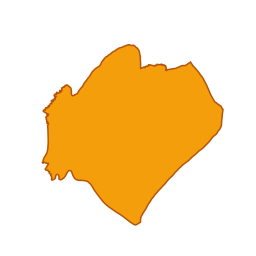 Non Sang, Nong Bua Lam Phu, Thailand (Natural Earth projection), rotated 24°
{"feature_id": "78962969B40369427634380", "entity_name": "Non Sang", "entity_type": "district", "adm_level": 2, "iso_a3": "THA", "parent_name": "Thailand", "parent_adm1": "Nong Bua Lam Phu", "projection": "natural_earth1", "projection_center": [102.437, 16.906], "detail": "fine", "context": "isolated", "style": "filled", "palette": "amber", "viewbox_px": 256, "rotation_deg": 24, "n_neighbors": 0, "source": "geoboundaries", "source_scale": "gbopen_adm2", "svg_char_len": 5591}
<svg xmlns="http://www.w3.org/2000/svg" viewBox="0 0 256 256"><g transform="rotate(24 128 128)"><path d="M207.3,72.5L205.6,71.5L204.1,70.3L203.4,70.1L200.0,69.6L198.6,69.1L197.2,69.0L195.7,68.2L191.1,64.8L188.7,62.8L183.2,57.6L182.4,56.9L177.0,52.6L174.4,50.8L173.8,50.7L168.6,47.6L167.9,47.4L166.3,46.5L161.9,44.7L158.3,42.3L155.0,47.6L152.0,49.0L147.2,54.2L140.1,58.8L139.9,59.8L138.8,59.7L138.9,59.4L138.7,58.4L138.7,57.8L138.0,57.3L137.7,56.6L137.0,55.9L136.8,55.9L136.7,56.3L136.4,56.3L135.7,55.8L135.3,55.7L134.7,56.2L134.4,56.1L134.4,56.3L134.2,56.3L134.2,56.2L133.9,56.3L133.4,56.5L133.2,56.7L132.7,56.1L132.1,56.4L132.1,56.7L131.6,57.2L130.8,57.3L130.5,57.5L129.5,57.8L129.0,58.1L128.6,58.1L128.7,58.7L128.6,59.2L127.9,59.3L127.8,59.5L127.4,59.6L127.4,60.5L126.9,60.6L125.2,60.8L124.3,61.0L122.8,61.5L122.7,61.3L121.3,61.8L121.4,62.3L121.0,62.3L120.9,62.4L120.9,63.7L119.7,63.9L119.5,64.4L119.3,64.4L118.8,65.5L118.7,65.5L118.7,66.0L118.0,65.9L117.7,65.8L117.0,66.8L115.3,68.4L112.4,62.1L111.4,60.6L110.6,58.4L110.1,57.6L108.7,55.8L107.8,54.3L106.3,52.6L103.9,51.2L103.4,51.3L103.1,51.1L102.1,50.9L101.0,50.4L99.6,50.1L99.1,50.2L98.3,50.9L98.1,51.0L96.4,51.4L95.2,51.5L94.6,51.7L91.0,55.1L90.2,56.1L88.8,57.5L87.6,58.4L87.2,58.8L86.6,59.8L86.0,60.4L84.7,62.8L83.4,64.3L83.0,64.9L82.2,66.4L82.2,66.9L81.8,67.7L80.4,69.5L80.1,70.5L79.9,71.0L79.2,71.7L78.6,72.6L78.4,73.9L78.0,74.8L77.1,78.4L77.2,80.7L76.9,82.4L76.5,83.4L74.4,86.5L73.2,89.3L72.3,91.9L72.2,94.0L71.6,97.6L71.1,98.9L70.7,101.2L70.3,103.0L69.8,104.5L69.6,106.8L69.6,108.2L68.6,111.2L68.2,113.1L67.8,115.4L67.8,117.1L65.9,119.3L65.8,119.6L65.6,119.6L65.5,119.9L65.2,120.1L64.7,121.0L64.1,121.0L63.5,120.9L63.0,120.6L62.5,119.7L61.9,119.2L61.8,118.9L61.9,118.4L61.8,118.1L61.3,117.5L61.1,117.0L60.4,115.9L59.9,115.2L59.3,114.6L55.2,113.4L54.9,113.7L54.5,113.7L54.1,113.8L54.1,114.1L54.2,114.3L54.0,114.7L53.8,114.8L53.5,114.8L53.2,115.0L53.2,115.5L53.0,115.9L53.2,116.3L53.0,116.8L52.8,116.9L52.6,116.6L52.4,116.6L52.2,117.2L51.9,117.5L51.8,118.0L51.4,118.1L51.3,118.4L51.6,118.6L51.6,118.9L51.4,119.2L51.4,119.4L51.9,119.8L52.4,120.5L52.5,120.9L52.4,121.1L52.1,121.3L52.0,121.0L51.8,121.0L51.8,122.5L51.5,122.4L51.3,122.1L51.0,122.2L51.0,121.7L50.9,121.6L50.4,121.6L50.4,121.9L50.9,123.0L51.3,123.1L51.4,123.3L50.9,123.8L50.5,123.9L50.2,124.6L49.8,124.6L49.2,124.6L48.8,124.3L48.4,124.4L48.3,124.7L48.5,125.1L48.4,125.6L49.0,125.8L49.0,126.2L48.8,126.5L48.4,126.3L48.1,126.4L47.6,126.8L47.2,127.3L47.4,127.7L47.6,127.8L47.4,128.1L47.4,128.5L48.5,129.2L48.9,129.2L49.3,128.4L49.5,128.4L49.5,128.8L49.3,129.7L48.9,130.2L48.9,131.3L49.1,131.4L49.4,131.1L49.6,131.0L49.8,131.1L49.8,131.4L49.7,131.5L49.3,131.7L49.1,132.4L48.9,132.7L48.7,132.7L48.4,132.3L48.1,132.3L48.0,132.5L48.0,132.9L48.3,132.9L48.5,133.0L48.6,133.4L48.9,133.7L48.9,134.0L47.1,134.0L46.9,134.1L46.9,134.4L47.5,135.2L47.9,135.3L48.0,135.6L47.8,136.4L48.3,136.4L48.4,136.8L47.5,137.0L47.2,137.2L47.1,139.0L47.4,139.5L47.3,140.3L47.1,140.4L46.6,139.8L46.4,139.8L46.2,139.9L46.2,140.1L46.9,140.9L46.9,141.2L46.3,141.3L46.1,141.5L46.0,141.8L46.5,141.9L46.5,142.0L45.9,142.7L45.5,142.8L44.9,142.7L44.7,142.9L44.7,143.6L45.1,144.2L45.1,145.1L44.5,145.0L44.3,145.0L44.2,145.5L43.8,145.8L43.6,146.2L43.7,147.1L44.6,147.4L46.5,147.6L47.0,147.6L47.7,147.8L48.1,148.3L48.2,148.2L48.3,147.7L48.6,147.6L49.1,147.6L49.9,148.2L50.0,148.4L49.8,148.6L49.3,148.5L49.1,148.6L49.2,149.0L49.8,149.5L49.7,149.8L49.1,149.8L48.9,150.0L48.8,150.3L48.7,151.2L48.7,151.8L49.5,152.0L49.7,152.4L49.7,153.2L50.2,153.5L50.7,154.1L51.0,155.1L51.5,155.0L52.3,155.1L52.5,155.2L52.5,155.4L52.4,155.6L51.8,156.0L51.8,156.3L51.9,156.5L52.2,156.6L52.3,156.3L52.4,156.2L53.6,156.5L53.3,157.1L53.6,157.4L53.8,157.8L53.6,158.5L53.7,158.9L54.0,159.2L55.6,162.2L60.9,173.4L63.2,179.5L63.9,182.7L64.0,184.6L63.8,185.7L63.9,186.3L63.4,189.0L63.5,191.5L64.0,193.3L63.9,193.8L63.7,194.2L63.8,194.4L64.3,194.7L64.6,194.7L65.3,193.5L65.7,193.2L66.7,193.6L67.6,193.2L68.8,193.2L69.1,193.0L69.3,192.6L69.5,192.6L69.8,193.1L69.9,193.6L69.4,197.4L69.1,198.9L69.2,199.4L69.7,199.8L70.4,199.8L71.5,199.2L71.9,199.1L72.2,199.4L73.0,200.2L73.3,200.2L73.8,199.8L74.1,199.8L74.3,200.3L74.4,201.2L74.6,201.4L75.7,201.6L76.5,201.4L76.6,201.7L76.7,202.8L77.9,203.5L78.9,205.4L79.1,206.3L79.3,206.5L79.8,206.4L80.8,205.6L81.4,204.9L82.0,203.7L82.0,203.1L81.8,202.2L81.4,201.1L81.4,200.5L81.6,199.9L82.1,199.1L82.6,199.1L83.5,199.3L84.3,199.9L84.7,200.4L85.2,201.8L85.7,202.7L86.8,202.9L87.8,202.5L88.2,202.2L89.5,200.2L90.0,198.9L90.3,197.1L90.6,193.4L90.9,191.5L91.4,191.0L92.3,190.5L93.3,190.4L94.1,190.8L96.2,193.0L98.6,195.0L100.1,195.8L101.6,196.2L103.6,196.0L104.9,195.6L107.2,194.6L109.6,193.8L111.5,193.4L113.4,193.4L116.8,194.6L119.5,196.3L123.0,198.8L125.9,200.4L128.9,202.1L134.9,205.3L136.7,206.1L138.6,206.8L142.2,207.8L150.3,209.4L154.8,210.0L158.8,210.7L167.8,212.9L172.4,213.7L173.9,213.6L174.4,213.4L175.2,212.7L177.7,208.9L176.7,206.6L176.1,204.3L176.1,203.3L176.3,201.4L176.4,199.3L177.2,194.6L177.5,189.2L178.1,186.4L178.5,183.3L179.4,180.2L179.6,178.3L181.0,174.2L181.4,172.6L182.5,169.7L183.4,166.6L184.5,164.1L185.2,161.0L186.1,158.1L186.4,157.7L186.6,156.8L187.5,154.9L188.3,152.7L189.1,149.6L190.2,146.8L190.8,144.9L191.2,143.9L193.4,138.7L195.1,135.7L195.7,134.3L196.2,133.8L196.5,133.4L197.1,131.6L198.2,129.2L198.8,127.3L199.8,125.9L202.4,119.7L202.8,118.9L203.4,118.2L204.9,115.2L207.7,107.6L209.1,101.9L209.8,100.3L211.1,97.7L211.3,97.0L211.7,93.6L212.3,91.9L212.4,88.1L211.9,86.5L211.3,85.2L209.7,80.4L207.7,74.1L207.3,72.5Z" fill="#f59e0b" stroke="#b45309" stroke-width="1.5"/></g></svg>